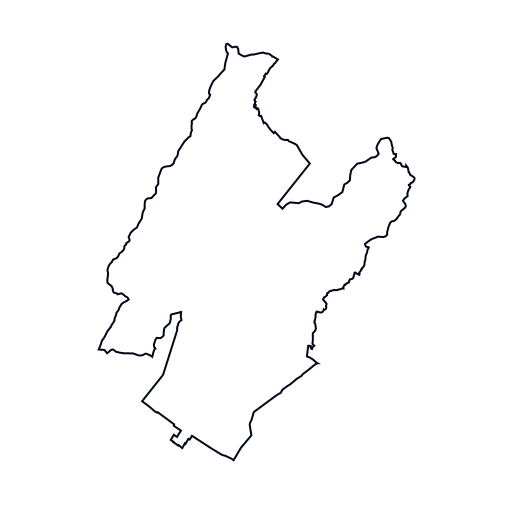 Urechesti, Bacau, Romania, rotated 99°
{"feature_id": "2599482B92089902451538", "entity_name": "Urechesti", "entity_type": "district", "adm_level": 2, "iso_a3": "ROU", "parent_name": "Romania", "parent_adm1": "Bacau", "projection": "equal_earth", "projection_center": [27.054, 46.131], "detail": "fine", "context": "isolated", "style": "outline", "palette": "ink", "viewbox_px": 512, "rotation_deg": 99, "n_neighbors": 0, "source": "geoboundaries", "source_scale": "gbopen_adm2", "svg_char_len": 6115}
<svg xmlns="http://www.w3.org/2000/svg" viewBox="0 0 512 512"><g transform="rotate(99 256 256)"><path d="M452.6,296.2L447.2,294.2L447.7,292.9L447.6,292.7L443.6,291.1L453.2,269.6L457.8,258.3L458.2,254.8L460.1,248.3L461.2,246.2L447.6,240.8L433.9,232.5L424.1,235.7L422.8,235.9L420.7,235.5L418.3,234.7L411.2,233.9L410.2,233.5L391.9,215.5L388.5,211.8L387.5,210.3L384.0,209.0L383.2,208.3L379.0,204.1L377.6,202.3L370.9,196.5L367.5,192.5L365.1,191.1L360.1,186.2L354.5,181.3L352.4,178.9L352.3,178.4L351.8,179.7L349.5,183.2L347.7,187.4L347.3,190.0L336.5,190.4L336.3,187.9L337.7,187.8L338.7,187.2L339.1,186.2L337.7,186.0L336.5,185.4L335.6,184.4L333.8,186.5L330.0,186.7L323.5,187.8L320.9,186.1L318.5,185.4L313.6,186.9L312.6,188.0L311.5,187.8L310.7,188.0L310.4,187.8L307.0,187.6L305.2,188.0L302.9,187.9L302.7,187.5L301.5,187.5L301.4,186.5L301.8,183.4L301.0,181.6L298.9,180.7L298.4,180.7L298.6,180.4L297.7,179.0L295.6,178.5L294.2,179.2L293.2,178.8L292.0,178.9L288.3,183.1L285.9,182.1L285.5,181.2L284.9,180.6L284.0,180.3L283.6,179.7L281.6,179.9L281.3,179.7L281.0,178.8L279.4,177.9L278.7,176.7L278.6,175.9L277.7,174.6L277.2,173.1L277.3,172.4L277.0,170.3L276.3,169.6L275.9,168.0L274.4,165.5L274.5,164.5L272.8,164.8L270.6,164.0L270.5,163.2L269.8,163.1L269.4,162.4L268.5,161.9L267.8,160.7L267.7,160.2L266.9,159.9L265.6,160.1L264.2,159.4L263.8,157.7L262.4,156.5L261.4,156.5L261.0,156.2L259.2,156.4L258.5,156.0L257.1,156.1L256.8,155.5L257.9,153.1L258.5,151.0L257.7,150.8L257.0,151.7L252.9,149.6L252.5,149.9L249.1,147.8L247.1,147.5L245.0,147.8L242.6,147.4L238.8,147.7L235.2,146.9L232.3,146.8L230.2,145.9L229.7,146.1L229.6,148.6L229.4,149.0L227.0,150.3L222.3,145.7L220.8,143.7L218.5,139.6L217.9,139.1L217.3,132.8L216.2,131.1L215.0,130.1L213.9,129.8L212.0,130.2L206.4,129.7L202.0,128.6L200.5,127.3L199.8,125.1L197.2,122.8L194.8,121.8L192.3,120.2L190.3,120.2L189.0,119.9L185.3,116.6L183.6,115.8L182.2,116.2L181.4,116.6L178.5,119.5L176.3,118.6L173.0,115.6L171.2,116.2L169.0,116.1L166.1,115.5L163.8,114.3L162.1,116.2L161.8,116.2L160.8,114.8L159.8,114.6L158.6,112.7L156.3,111.6L154.5,111.5L154.1,111.7L153.2,112.9L151.8,116.1L151.1,116.9L150.5,116.9L149.0,118.5L147.3,118.9L144.8,120.0L143.1,121.8L144.6,121.6L144.5,125.8L141.6,127.9L141.8,129.8L142.1,130.4L141.2,132.8L139.7,134.2L139.1,135.6L138.7,135.7L136.4,133.3L133.4,133.6L133.8,135.1L133.5,136.0L129.7,138.0L128.2,137.8L123.1,140.0L122.1,140.2L118.8,143.1L118.7,143.3L118.9,144.0L118.6,144.7L120.9,150.8L126.7,153.3L130.4,154.0L135.9,150.8L138.6,152.5L140.1,154.8L140.7,157.4L145.6,162.5L147.3,165.9L148.9,170.4L156.1,175.3L161.3,175.6L166.5,175.1L169.2,177.1L171.6,180.0L179.4,180.7L183.4,184.8L186.1,188.4L193.0,189.4L195.7,191.9L196.7,194.8L195.3,197.8L194.5,201.2L194.3,207.6L193.5,214.1L195.0,219.1L197.2,222.1L197.7,230.7L200.8,234.4L205.2,237.2L201.3,242.8L156.3,217.3L148.9,225.9L140.2,232.9L138.9,235.5L138.9,236.6L138.5,237.2L137.5,241.5L136.3,242.7L136.8,243.9L136.6,244.6L136.9,246.3L136.7,247.9L136.3,248.6L136.0,250.2L135.6,250.2L130.4,256.7L131.9,257.6L129.5,260.9L126.6,264.0L124.6,265.5L123.3,267.3L122.7,268.2L123.6,269.1L116.8,272.9L117.2,273.9L116.5,275.3L114.2,275.2L110.2,276.8L109.7,278.4L110.5,278.6L109.6,279.7L109.0,279.8L109.6,280.6L109.5,281.0L108.6,281.5L107.3,279.9L107.0,279.8L106.5,281.3L105.8,280.8L103.8,281.0L103.5,280.7L103.2,281.2L102.7,281.3L102.4,281.8L101.6,281.9L99.3,280.8L96.7,280.4L95.4,281.0L94.7,282.2L93.7,282.4L86.1,278.3L77.7,275.3L77.1,276.2L74.3,274.8L74.6,274.1L73.8,273.3L69.3,271.9L67.8,271.1L65.2,268.8L64.0,268.7L62.7,267.5L58.5,265.1L56.4,270.2L56.5,271.2L55.9,271.5L54.3,274.7L54.2,276.3L54.5,278.0L54.0,280.7L55.2,284.4L57.1,289.0L57.7,291.0L57.6,291.7L60.8,298.7L60.2,301.1L58.8,304.8L54.2,306.0L52.4,307.5L52.7,309.9L53.4,311.1L53.6,312.3L50.8,317.1L51.2,318.3L53.7,318.8L56.7,318.0L59.2,316.8L60.3,315.4L70.0,316.5L76.8,316.4L81.5,319.7L83.4,320.7L89.4,325.2L90.8,325.9L96.8,327.6L99.8,328.1L102.8,327.9L103.9,326.5L107.4,327.2L109.4,328.8L112.0,329.6L113.2,330.9L114.0,332.3L115.1,333.1L118.5,334.0L124.6,336.3L127.6,336.7L129.5,337.5L131.5,339.8L133.1,340.7L134.6,340.1L137.9,340.0L140.5,339.5L141.8,338.9L144.3,339.6L147.9,339.5L149.4,341.2L154.3,344.7L162.9,348.4L163.3,348.8L165.1,349.2L166.4,349.1L169.5,349.3L173.0,351.2L177.6,351.9L178.0,352.4L179.2,353.2L180.6,355.0L181.7,359.0L182.5,360.8L183.5,362.1L184.4,362.7L185.7,363.2L194.0,364.8L200.2,363.8L203.7,365.6L206.9,364.9L208.9,364.7L210.3,364.9L211.6,366.1L215.1,368.3L216.1,372.1L217.2,373.2L218.6,374.1L222.1,374.1L226.4,373.4L230.7,374.7L236.9,374.7L242.7,377.2L246.0,377.9L246.7,378.3L249.5,381.2L252.5,383.3L256.9,384.7L257.8,384.6L259.2,383.6L260.5,383.3L261.7,384.0L263.7,386.2L264.7,386.0L266.8,387.5L268.8,387.3L270.1,387.5L272.7,389.0L274.7,391.2L278.1,392.2L279.6,393.1L280.3,393.9L281.9,396.6L284.2,397.3L287.4,399.4L289.8,400.1L292.5,400.5L294.1,400.3L295.2,399.7L296.9,399.3L303.4,399.1L305.9,398.3L308.3,394.0L310.6,392.4L311.3,392.1L312.2,392.2L314.1,391.0L314.5,390.2L314.6,387.8L315.5,386.8L313.9,383.0L315.0,380.6L316.0,379.2L317.1,376.4L318.8,374.9L320.5,376.5L322.5,379.4L324.5,381.3L328.2,382.8L330.9,383.3L333.9,384.9L336.0,385.0L340.1,385.9L341.5,385.7L343.4,386.2L346.3,387.6L348.5,388.2L353.6,391.0L360.2,393.1L363.9,395.0L366.8,395.3L373.0,396.7L372.5,391.5L372.7,390.7L375.3,388.0L374.5,387.0L371.9,384.9L370.8,383.4L370.7,382.8L371.3,381.3L372.4,379.6L372.8,375.2L372.7,370.7L372.0,366.6L371.9,364.3L371.4,362.6L372.6,356.1L372.1,353.6L371.7,352.5L369.8,350.0L369.7,348.7L370.7,345.0L371.8,342.7L366.3,342.2L364.4,341.7L363.0,340.9L362.0,342.3L359.4,343.0L354.5,342.2L352.5,341.4L352.3,340.3L352.2,338.1L351.8,337.1L349.4,335.0L348.7,334.8L346.3,335.2L342.0,335.3L341.1,335.0L335.9,330.7L331.4,330.3L328.7,330.9L327.3,330.8L326.7,329.9L323.6,322.4L322.9,321.6L323.0,321.2L327.3,320.9L331.0,319.6L333.0,321.5L335.2,322.2L339.5,322.7L341.4,322.2L387.9,329.2L417.3,345.8L421.5,337.7L425.5,331.3L426.2,328.9L425.7,328.6L435.1,310.5L436.6,310.6L440.2,302.8L447.1,305.8L445.4,309.2L451.0,311.4L452.6,308.2L452.9,308.4L455.4,303.1L454.9,302.8L457.3,298.8L452.1,296.9L452.6,296.2Z" fill="none" stroke="#020617" stroke-width="2"/></g></svg>